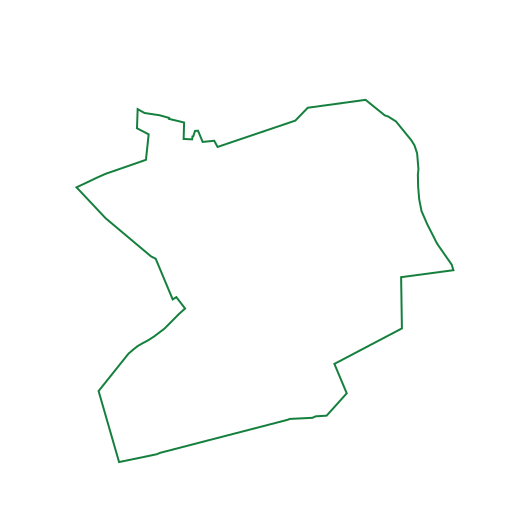 outline of San Pedro Huilotepec, Oaxaca, Mexico, rotated 345°
{"feature_id": "50627088B95823703816090", "entity_name": "San Pedro Huilotepec", "entity_type": "district", "adm_level": 2, "iso_a3": "MEX", "parent_name": "Mexico", "parent_adm1": "Oaxaca", "projection": "orthographic", "projection_center": [-95.147, 16.245], "detail": "fine", "context": "isolated", "style": "outline", "palette": "green", "viewbox_px": 512, "rotation_deg": 345, "n_neighbors": 0, "source": "geoboundaries", "source_scale": "gbopen_adm2", "svg_char_len": 1121}
<svg xmlns="http://www.w3.org/2000/svg" viewBox="0 0 512 512"><g transform="rotate(345 256 256)"><path d="M115.5,140.5L100.4,143.2L120.5,180.6L153.3,227.5L154.5,229.2L158.4,232.7L164.3,276.4L168.4,275.1L173.9,288.4L166.7,292.0L156.1,298.2L148.9,302.4L136.6,307.4L129.7,309.6L123.9,310.9L118.3,312.4L113.2,314.6L107.6,317.3L69.0,345.7L70.4,419.6L108.9,421.8L112.5,421.3L161.6,421.7L244.5,422.4L246.4,422.1L268.6,426.9L272.1,426.3L282.9,428.5L308.1,412.1L303.8,380.5L378.2,363.7L390.7,314.0L443.0,320.8L442.8,315.0L434.3,291.5L433.5,288.2L432.7,284.1L431.5,278.4L429.9,271.0L429.5,268.9L427.5,255.3L428.3,243.7L428.5,242.3L430.6,230.8L430.7,230.4L433.3,219.8L433.4,219.4L435.4,214.1L438.2,198.5L437.7,190.0L435.9,184.2L426.0,162.2L419.8,155.5L416.8,153.5L402.2,133.5L344.4,126.2L329.0,135.4L247.1,140.7L245.5,133.9L234.0,132.0L232.4,120.0L229.5,119.4L226.4,124.1L225.6,124.1L224.5,126.8L221.3,125.8L216.4,124.2L221.1,108.5L219.0,107.3L207.4,101.0L207.8,100.1L199.3,95.1L185.3,89.0L179.7,83.5L174.1,101.8L183.8,110.7L174.6,134.6L131.9,137.7L122.5,139.2L115.5,140.5Z" fill="none" stroke="#15803d" stroke-width="2"/></g></svg>